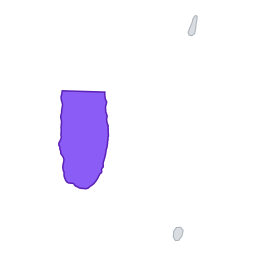 South Ari, Maldives shown in context
{"feature_id": "70690204B29165248779959", "entity_name": "South Ari", "entity_type": "district", "adm_level": 2, "iso_a3": "MDV", "parent_name": "Maldives", "parent_adm1": "", "projection": "equal_earth", "projection_center": [72.841, 3.685], "detail": "fine", "context": "in_parent", "style": "filled", "palette": "violet", "viewbox_px": 256, "rotation_deg": 0, "n_neighbors": 0, "source": "geoboundaries", "source_scale": "gbopen_adm2", "svg_char_len": 3307}
<svg xmlns="http://www.w3.org/2000/svg" viewBox="0 0 256 256"><path d="M194.6,33.7L191.7,35.8L189.0,35.0L188.1,32.4L189.5,28.5L191.7,23.6L193.2,18.2L195.5,15.4L197.2,16.3L197.0,19.3L196.2,23.5L195.7,28.8L194.6,33.7ZM178.9,240.2L175.4,240.6L173.2,236.9L173.7,231.3L176.4,227.5L180.7,227.3L183.2,230.7L181.9,236.0L178.9,240.2Z" fill="#d9dde1" stroke="#a8b0b8" stroke-width="1"/><path d="M62.2,90.8L62.1,91.5L62.1,92.1L61.9,92.8L61.9,93.4L61.7,94.3L61.5,95.1L61.3,95.6L61.1,96.4L61.0,97.2L61.1,97.9L61.2,98.5L61.2,99.3L61.5,100.4L61.6,101.0L61.8,101.6L62.0,102.0L62.2,102.9L62.3,103.5L62.5,104.0L62.5,104.5L62.6,105.0L62.5,105.5L62.4,106.0L62.3,106.6L62.1,107.4L62.0,108.3L61.8,109.4L61.7,110.1L61.6,110.9L61.6,112.1L61.6,113.0L61.3,113.9L61.0,114.9L60.8,115.9L60.7,116.7L60.8,117.8L60.9,118.6L61.2,119.4L61.3,120.0L61.5,121.2L61.5,122.1L61.5,123.2L61.2,125.0L61.2,126.3L61.0,127.5L61.1,128.3L61.2,129.8L61.2,131.0L61.1,132.5L61.0,133.7L60.9,134.5L61.0,135.6L61.1,136.2L61.3,136.8L61.3,137.3L61.2,138.0L61.0,138.6L60.8,139.3L60.2,140.5L59.6,141.8L58.9,142.9L58.8,144.9L59.2,146.0L59.9,146.9L59.9,147.8L59.8,149.0L60.4,150.3L60.7,151.3L60.7,152.1L60.7,153.2L61.0,154.0L61.5,154.7L62.2,155.4L62.8,156.5L63.3,157.3L63.6,158.4L63.9,159.4L63.9,159.9L63.8,161.3L63.6,162.1L63.4,162.8L63.3,163.5L63.0,164.6L62.9,165.7L62.8,167.1L62.9,168.4L63.1,169.3L63.4,170.9L64.0,172.0L64.1,172.7L64.0,173.7L64.0,174.3L64.0,175.1L64.2,176.4L64.6,177.7L65.0,178.6L65.3,179.5L65.6,180.2L66.1,181.0L66.7,181.7L67.4,182.3L68.2,182.8L69.1,183.0L70.1,183.1L71.3,183.3L72.5,183.2L73.3,183.5L73.8,183.9L74.3,184.5L74.7,185.2L75.3,185.9L76.1,186.3L77.1,186.7L77.9,187.0L79.0,187.8L79.9,188.1L81.0,188.3L81.6,188.4L82.4,188.4L83.5,188.5L84.5,188.6L85.4,188.6L86.0,188.8L86.6,188.6L87.4,188.3L88.0,188.2L88.6,187.6L89.4,187.0L89.9,186.6L90.2,186.3L90.9,185.8L91.6,185.3L92.2,185.0L93.0,184.3L93.6,183.8L94.3,183.1L94.7,182.5L95.0,182.1L95.6,181.5L96.3,180.4L96.6,179.9L96.9,179.4L97.4,178.7L97.8,178.1L98.1,177.3L98.3,176.8L98.7,176.1L99.2,175.2L99.6,174.2L100.1,173.6L100.6,173.4L101.2,172.9L101.7,172.1L101.7,171.1L101.5,170.1L101.6,169.2L102.1,168.2L102.4,167.7L103.1,167.2L103.3,166.0L103.2,164.9L103.1,163.9L103.2,162.8L103.4,161.9L103.7,161.1L104.0,160.2L104.2,159.2L104.5,158.4L104.7,157.7L104.8,156.9L105.2,155.7L105.4,154.9L105.6,153.6L105.7,152.8L105.9,151.9L106.0,151.0L106.1,150.1L106.2,149.7L106.6,148.5L106.8,147.8L107.0,147.1L107.1,146.3L107.2,145.5L107.3,144.6L107.5,143.8L107.5,142.7L107.6,141.5L107.7,140.6L107.9,140.1L108.1,139.2L108.0,138.6L107.9,137.8L108.0,137.2L108.2,136.9L108.4,136.3L108.4,135.5L108.4,134.6L108.4,134.0L108.3,133.2L108.3,132.6L108.2,131.9L108.1,131.2L108.2,130.6L108.3,129.9L108.3,129.2L108.1,128.1L108.0,127.3L108.2,126.4L108.1,125.6L107.9,124.9L107.5,124.1L107.3,123.6L107.1,122.8L107.0,122.2L106.8,121.0L106.7,120.1L106.6,119.3L106.6,118.7L106.8,118.1L107.0,117.4L107.1,116.5L107.0,115.4L106.7,114.5L106.4,113.7L106.1,112.8L105.8,111.9L105.7,111.2L105.7,110.2L105.6,109.0L105.5,108.2L105.5,107.3L105.6,106.6L105.8,105.7L106.0,104.9L106.3,103.9L106.5,103.2L106.6,102.4L106.6,101.6L106.3,101.2L106.0,100.6L105.8,100.0L105.5,99.3L105.2,98.6L105.1,97.6L105.0,96.7L104.9,95.8L104.8,94.7L104.7,93.8L104.8,93.0L104.9,92.3L104.9,92.1L62.2,90.8Z" fill="#8b5cf6" stroke="#5b21b6" stroke-width="1.5"/></svg>